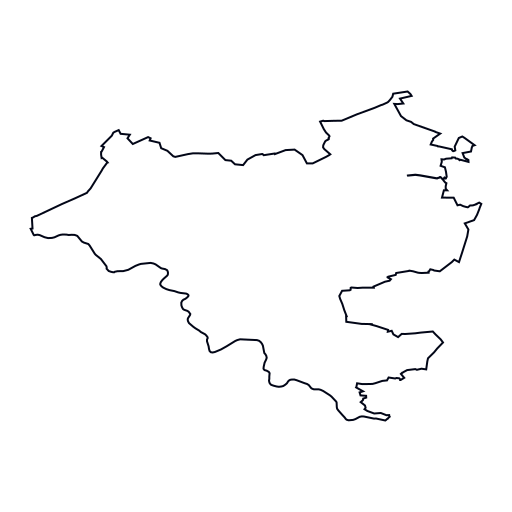 the district of Vecsaules pag., Bauska, Latvia
{"feature_id": "27541924B84653415581668", "entity_name": "Vecsaules pag.", "entity_type": "district", "adm_level": 2, "iso_a3": "LVA", "parent_name": "Latvia", "parent_adm1": "Bauska", "projection": "robinson", "projection_center": [24.442, 56.411], "detail": "fine", "context": "isolated", "style": "outline", "palette": "ink", "viewbox_px": 512, "rotation_deg": 0, "n_neighbors": 0, "source": "geoboundaries", "source_scale": "gbopen_adm2", "svg_char_len": 6037}
<svg xmlns="http://www.w3.org/2000/svg" viewBox="0 0 512 512"><path d="M208.6,346.3L209.0,348.9L209.6,351.0L210.8,352.2L212.6,352.5L214.9,352.0L220.9,349.5L226.6,346.3L235.2,341.0L237.2,340.1L240.1,339.3L257.0,340.1L259.1,340.8L260.9,342.3L262.1,344.0L262.9,345.7L264.3,353.0L265.5,354.4L266.3,355.9L266.7,357.8L266.1,359.6L264.6,362.7L263.7,366.7L263.5,368.5L263.8,369.3L264.6,370.1L266.7,370.7L268.8,371.9L269.6,373.2L269.3,376.5L269.3,378.9L269.0,380.6L269.3,382.1L269.8,383.4L271.1,384.8L273.6,385.7L276.7,386.5L278.9,386.8L281.4,386.5L283.3,386.0L285.4,384.6L286.9,383.3L288.1,381.4L289.0,380.5L290.0,379.9L291.3,379.6L294.2,379.5L296.6,380.2L304.6,383.2L307.1,384.0L308.8,385.1L311.1,388.0L312.1,388.7L313.8,389.3L318.6,389.3L320.6,389.8L323.2,391.0L329.9,395.3L331.5,396.6L336.2,401.6L336.6,402.5L336.8,407.1L337.1,408.7L338.3,410.4L342.2,414.8L344.8,417.6L345.6,418.8L346.6,419.7L348.6,420.3L353.1,419.9L355.4,419.1L359.7,416.8L361.8,416.4L363.9,416.5L374.0,418.6L376.0,418.5L385.3,420.5L386.0,420.0L386.8,419.2L387.9,418.6L388.3,417.9L389.7,416.7L389.1,415.5L389.1,415.1L386.4,415.2L380.8,413.0L374.2,413.5L367.4,411.0L364.5,409.2L365.6,407.8L365.0,405.5L360.7,402.1L362.9,400.2L363.2,398.6L366.2,397.6L366.1,395.8L360.5,395.4L359.6,392.4L363.0,391.3L356.1,387.4L356.4,386.9L357.1,383.3L362.3,384.1L370.3,384.0L372.6,383.9L375.3,383.2L382.3,380.9L387.0,380.4L388.6,377.5L395.2,378.5L396.4,378.0L399.2,378.3L400.2,379.3L400.2,380.0L400.6,380.0L404.2,377.8L400.9,373.9L402.0,372.9L402.1,373.0L403.8,371.9L407.1,370.1L415.3,369.1L416.9,369.8L421.5,368.7L426.2,369.4L427.3,361.5L428.0,358.3L434.1,352.3L437.2,348.5L443.0,342.5L440.7,339.4L435.5,334.4L432.8,331.5L420.6,332.6L415.3,333.3L405.2,334.0L401.7,333.9L398.1,337.1L393.4,334.4L391.7,330.8L387.8,331.7L388.1,329.9L376.6,326.1L370.8,324.5L371.1,324.1L361.6,323.9L346.3,321.8L346.1,316.1L346.6,316.1L344.3,310.2L342.3,303.9L340.1,298.8L339.3,296.0L342.1,290.8L349.7,290.3L350.6,289.8L350.7,287.8L351.4,287.5L357.6,288.0L362.1,287.7L373.8,287.7L373.5,286.6L385.0,281.7L389.6,280.7L390.9,279.2L387.6,277.4L387.5,277.2L388.2,276.7L395.7,274.9L396.2,273.0L409.7,270.8L409.7,270.7L413.1,271.3L418.0,272.7L419.7,272.9L421.8,273.0L428.6,272.7L428.5,271.6L428.9,271.5L430.3,269.3L433.3,270.0L434.1,270.5L439.8,271.3L451.8,262.1L454.3,259.6L459.0,262.1L462.1,252.6L467.2,236.4L468.4,229.5L464.8,223.4L474.1,220.1L477.0,214.9L479.2,209.4L479.7,207.8L481.3,203.9L479.2,202.6L476.1,204.1L476.2,204.3L475.9,204.4L472.8,205.4L470.0,205.5L468.1,207.2L467.7,207.3L465.5,206.8L463.1,206.1L460.2,204.7L457.5,205.3L453.7,197.7L442.0,197.6L443.9,190.3L447.1,190.3L445.7,188.7L445.7,186.2L446.4,183.2L445.3,182.6L443.3,180.2L443.1,179.2L442.5,179.2L440.6,177.2L439.9,177.2L439.3,177.7L437.8,178.1L437.4,178.4L436.4,178.4L420.1,175.5L415.4,174.9L407.2,175.7L407.5,175.5L415.4,174.7L420.2,175.3L436.5,178.2L437.3,178.2L437.9,177.9L439.0,177.7L439.7,177.1L440.2,177.0L440.7,177.2L442.6,179.1L443.4,179.0L443.8,178.8L444.0,178.6L444.1,177.9L444.5,177.5L445.1,177.9L445.4,178.5L445.8,178.5L445.9,178.4L445.8,177.9L446.2,177.6L446.7,176.8L446.0,171.8L444.9,167.3L440.6,165.8L441.8,161.8L441.5,159.3L444.0,159.5L446.1,158.7L451.7,158.3L452.1,157.4L455.1,157.6L455.7,158.5L457.5,158.7L460.0,159.8L459.4,160.0L459.6,160.2L460.6,159.8L468.5,161.9L468.4,160.0L466.7,159.0L466.2,159.2L465.7,158.6L464.3,157.5L462.6,153.1L471.0,151.5L471.8,147.5L472.5,145.9L474.6,145.2L464.4,137.8L462.3,136.5L458.8,138.0L454.7,146.6L455.3,150.4L453.7,151.1L453.0,151.1L452.1,150.3L451.9,149.3L439.4,146.5L437.9,146.4L437.6,146.0L430.7,144.5L431.9,141.6L433.2,139.9L433.1,138.6L440.2,133.6L435.3,131.9L435.1,131.6L413.8,124.1L411.1,121.9L406.4,120.3L401.0,116.1L394.3,103.9L397.6,104.1L403.3,103.5L400.0,98.6L411.6,95.9L410.4,94.0L407.6,91.5L393.2,93.7L392.4,96.8L390.0,99.9L388.2,101.9L387.1,102.6L382.5,104.7L381.3,105.0L374.7,107.8L357.0,114.3L341.7,120.7L334.0,120.8L324.2,121.1L323.2,120.7L320.1,121.6L323.8,129.1L326.0,132.5L329.2,135.6L329.5,136.3L328.5,138.2L328.9,138.9L328.7,139.2L327.8,139.8L326.6,140.3L325.4,141.1L325.0,141.7L323.5,144.7L323.2,145.7L323.1,147.4L324.3,149.1L330.3,154.3L329.2,155.1L326.0,156.9L312.7,163.4L306.9,163.4L302.5,155.1L294.6,149.6L285.6,150.1L274.9,154.1L274.7,153.5L263.7,155.2L262.6,154.1L262.2,154.0L255.5,155.1L247.4,159.6L243.1,165.1L235.0,164.3L231.2,160.7L225.4,160.1L218.3,153.0L212.1,153.6L208.6,153.7L197.4,153.3L193.1,153.3L188.0,154.1L175.3,156.9L173.3,156.3L167.4,150.8L161.2,148.2L159.5,142.8L149.7,140.5L150.6,138.3L148.1,137.1L132.8,144.0L127.5,138.3L129.8,134.7L120.6,133.8L118.7,130.1L114.6,131.9L113.3,132.7L111.8,135.7L101.5,146.0L104.0,147.1L101.6,151.6L101.1,151.9L101.1,154.7L101.6,158.0L102.2,157.7L106.8,161.5L107.6,162.5L107.2,162.6L102.9,168.4L101.5,170.9L90.6,188.4L87.9,191.4L87.0,192.8L75.5,198.1L61.8,204.1L36.8,215.9L34.9,216.3L33.0,217.5L31.9,217.9L32.5,228.5L30.7,228.8L33.7,234.9L34.2,235.3L35.8,234.9L37.7,234.7L39.7,235.1L44.5,237.2L48.1,238.1L52.0,237.9L54.5,237.3L58.6,235.4L60.6,234.8L62.9,234.5L66.4,234.6L68.7,235.0L71.6,234.8L74.4,234.9L75.5,235.2L77.3,235.9L81.9,241.5L83.9,242.6L88.3,244.0L89.6,245.5L94.8,253.8L95.8,254.9L100.9,259.0L106.4,266.2L106.7,267.3L106.6,268.7L108.7,271.0L111.0,271.8L112.8,272.2L114.1,272.3L114.7,271.8L117.5,271.2L123.3,271.1L128.3,269.8L135.4,265.9L138.9,264.5L140.9,263.9L150.6,262.9L153.5,263.5L155.6,264.4L160.9,268.1L162.0,268.5L165.1,269.1L167.1,270.2L167.7,271.4L168.0,272.9L167.8,274.7L167.1,275.7L163.8,278.6L162.4,280.0L161.0,281.8L160.4,283.2L160.2,284.2L160.5,285.0L161.5,286.3L163.2,287.6L166.3,289.1L169.4,290.1L174.4,291.1L178.2,292.4L180.4,292.9L186.2,293.6L187.1,294.0L188.1,294.7L188.5,295.3L188.3,296.2L187.3,297.3L185.4,298.8L183.4,299.7L182.2,300.8L181.3,302.6L181.4,305.4L182.1,307.4L183.1,309.1L184.2,309.8L187.4,310.9L188.7,311.8L190.3,314.0L190.0,315.1L187.9,318.4L187.7,319.7L188.0,321.2L189.0,323.1L193.2,326.7L195.4,328.3L199.2,330.6L200.8,332.0L205.1,334.3L206.3,335.5L207.5,337.1L207.7,338.0L207.0,339.6L207.0,341.3L208.6,346.3Z" fill="none" stroke="#020617" stroke-width="2"/></svg>